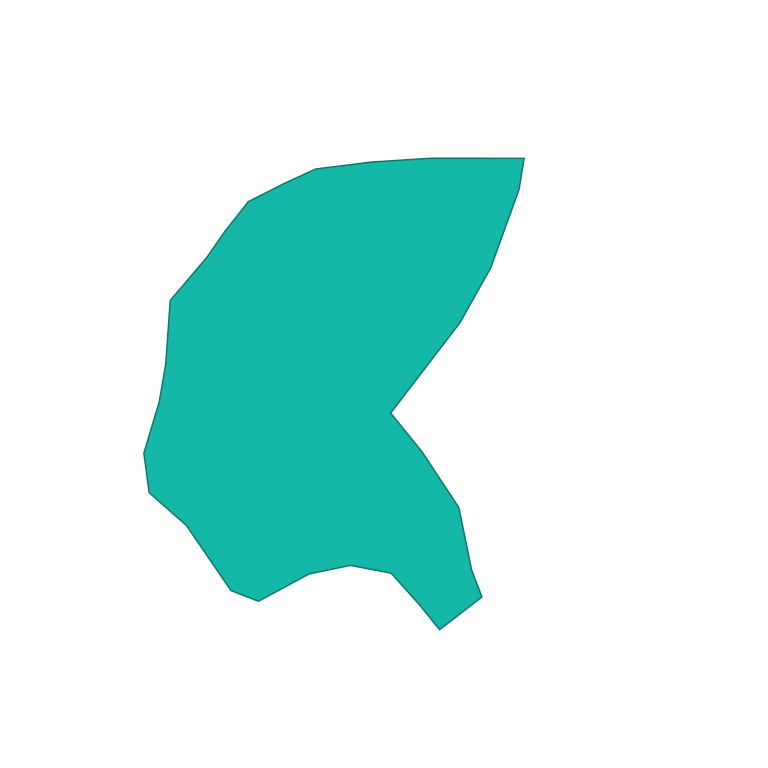 the district of Haeundae-gu, Busan, South Korea, rotated 51°
{"feature_id": "91817680B8006777837161", "entity_name": "Haeundae-gu", "entity_type": "district", "adm_level": 2, "iso_a3": "KOR", "parent_name": "South Korea", "parent_adm1": "Busan", "projection": "robinson", "projection_center": [129.155, 35.197], "detail": "fine", "context": "isolated", "style": "filled", "palette": "teal", "viewbox_px": 768, "rotation_deg": 51, "n_neighbors": 0, "source": "geoboundaries", "source_scale": "gbopen_adm2", "svg_char_len": 566}
<svg xmlns="http://www.w3.org/2000/svg" viewBox="0 0 768 768"><g transform="rotate(51 384 384)"><path d="M296.8,133.1L237.7,206.0L203.7,253.9L173.9,301.8L165.4,335.1L164.8,337.9L156.9,374.6L165.4,412.1L173.9,441.2L182.8,488.0L184.5,497.5L231.3,541.2L252.3,565.2L256.8,570.4L286.6,614.1L320.7,634.9L369.6,626.6L448.3,632.9L473.8,618.3L484.4,562.0L503.6,524.5L535.5,497.5L578.0,495.4L609.9,495.4L611.1,441.9L583.6,432.9L527.1,403.6L460.6,397.1L410.8,397.1L384.2,286.5L360.9,228.0L317.7,156.5L296.8,133.1Z" fill="#14b8a6" stroke="#0f766e" stroke-width="1.5"/></g></svg>